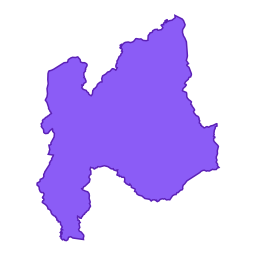 the district of Laclubar, Manatuto, East Timor
{"feature_id": "22284137B50587397066696", "entity_name": "Laclubar", "entity_type": "district", "adm_level": 2, "iso_a3": "TLS", "parent_name": "East Timor", "parent_adm1": "Manatuto", "projection": "albers", "projection_center": [125.895, -8.747], "detail": "fine", "context": "isolated", "style": "filled", "palette": "violet", "viewbox_px": 256, "rotation_deg": 0, "n_neighbors": 0, "source": "geoboundaries", "source_scale": "gbopen_adm2", "svg_char_len": 5682}
<svg xmlns="http://www.w3.org/2000/svg" viewBox="0 0 256 256"><path d="M194.6,110.0L193.8,108.4L192.1,106.2L191.8,105.1L190.9,104.5L190.8,104.0L191.4,101.9L190.6,101.0L188.8,99.7L187.4,98.1L186.8,96.8L186.7,93.6L186.4,92.5L182.5,90.8L182.4,90.5L183.2,88.4L185.2,86.6L186.3,85.0L186.0,84.4L185.4,84.4L184.6,83.5L185.6,81.7L188.2,79.4L189.0,77.4L190.6,76.9L191.4,74.9L191.3,73.5L189.0,67.4L186.9,65.5L187.0,64.5L188.5,63.7L186.3,60.5L187.3,56.7L187.4,55.6L186.4,41.8L184.8,38.0L183.5,35.9L182.5,32.5L182.6,29.7L184.6,26.4L185.1,24.8L183.5,20.6L182.2,19.0L174.9,15.4L175.2,17.7L172.0,20.2L169.4,20.7L168.1,21.3L167.5,20.8L167.2,19.8L167.0,19.7L165.1,20.7L165.2,21.1L166.4,21.4L166.7,22.2L165.9,22.8L164.5,22.2L163.7,23.2L163.6,24.7L162.2,24.5L161.2,25.2L162.8,27.4L162.8,27.9L161.4,29.6L158.1,30.3L157.7,30.1L157.3,29.3L154.9,29.5L152.8,30.7L152.5,31.8L151.9,32.4L149.9,33.0L149.7,33.7L148.2,35.6L147.9,40.3L146.1,40.7L143.1,40.4L141.0,38.9L139.3,39.1L136.4,38.6L135.8,38.7L133.7,41.3L132.4,42.1L130.4,42.6L128.2,42.0L125.2,42.4L123.4,43.5L121.9,45.3L121.4,44.4L120.2,45.2L120.2,45.8L121.4,46.7L121.3,47.2L120.2,47.5L120.0,47.8L120.9,48.6L121.8,48.8L122.1,49.5L122.2,49.9L121.5,51.1L122.4,51.5L122.2,52.6L121.0,54.0L120.6,55.5L119.1,56.6L118.0,59.5L117.0,60.9L117.0,63.4L116.4,63.8L115.8,66.0L116.1,67.3L117.2,67.7L116.0,70.0L115.5,70.1L115.0,69.5L113.5,68.8L112.3,68.7L109.8,71.4L107.6,72.1L105.8,74.0L102.6,75.9L101.7,78.7L102.1,80.8L101.9,82.0L100.4,82.0L99.0,83.0L97.5,84.3L96.6,86.6L94.9,88.3L93.7,89.0L93.7,89.5L92.8,90.5L92.4,94.1L91.3,95.7L90.7,95.6L88.8,94.2L88.4,92.8L86.9,91.7L86.2,90.4L83.0,89.3L82.7,88.4L82.0,88.1L81.8,87.6L82.5,85.8L81.9,85.4L81.9,85.0L83.3,85.2L83.9,83.4L85.9,82.2L86.0,81.8L86.0,81.0L84.8,78.1L83.9,77.6L84.3,76.6L83.8,75.2L83.9,72.7L85.4,71.1L85.3,70.0L85.8,69.1L85.5,68.4L87.0,65.8L87.1,64.8L86.6,63.8L84.7,62.7L82.4,62.7L80.6,62.0L80.1,59.6L77.8,56.9L75.4,57.5L72.6,57.3L70.9,57.9L68.3,59.6L67.6,62.1L67.1,62.4L64.1,62.7L53.7,69.2L51.2,70.4L49.1,70.9L48.5,71.8L48.0,73.7L47.8,79.7L48.2,83.8L47.0,88.7L47.5,93.7L47.0,96.8L45.3,100.1L47.0,102.5L48.6,107.4L48.6,108.7L49.7,110.4L50.1,111.6L50.8,112.1L51.4,113.5L49.9,114.4L48.7,115.7L47.5,116.2L47.3,116.7L45.4,117.6L44.7,118.8L43.1,119.5L42.4,120.8L42.7,121.6L42.6,122.5L41.2,123.7L41.7,126.1L41.3,126.6L43.5,129.5L43.8,132.4L44.6,133.2L45.7,133.6L47.9,133.3L50.2,130.4L51.7,129.4L52.2,128.7L52.6,129.0L52.7,131.3L54.4,133.4L54.1,137.0L50.9,142.9L51.0,144.4L49.9,145.1L49.0,145.0L48.9,145.4L49.8,149.7L49.2,151.3L49.2,152.1L48.2,154.3L53.4,155.1L53.3,155.6L51.6,158.8L51.7,159.8L50.2,161.5L50.0,162.4L49.5,162.9L49.7,164.2L44.8,171.8L44.5,173.0L43.7,174.4L43.8,176.7L42.7,178.3L40.2,179.4L39.9,181.5L37.2,183.0L37.0,184.5L37.2,185.3L38.4,186.1L39.1,187.2L39.3,189.4L40.3,191.7L41.6,192.6L43.2,192.6L44.1,194.0L43.6,195.9L43.0,196.5L42.5,197.5L42.8,198.2L43.5,198.3L43.9,199.5L43.6,200.5L42.8,200.8L42.3,202.1L42.4,202.5L45.4,204.5L46.9,206.0L47.7,207.5L48.0,208.9L49.8,209.7L51.1,211.6L51.1,212.6L52.2,214.4L54.0,215.8L55.6,216.5L55.6,217.2L56.7,218.3L56.9,220.1L58.0,220.5L58.2,221.8L58.8,222.0L60.0,221.8L60.4,222.2L60.6,224.5L62.1,226.6L62.1,227.3L61.2,228.8L62.1,229.5L61.4,229.5L61.1,229.8L61.6,230.8L60.2,232.5L60.5,232.8L61.6,231.9L62.2,232.8L62.1,233.2L61.1,233.3L61.8,234.1L61.6,234.5L60.9,234.1L60.8,235.5L60.1,236.4L60.4,236.8L61.3,236.9L61.0,238.2L62.3,239.7L62.7,239.9L63.7,239.3L64.4,239.7L64.9,240.4L66.4,240.6L67.8,239.7L68.5,237.3L70.7,236.7L72.8,238.0L83.5,239.5L83.3,238.0L83.8,236.5L83.7,235.1L81.3,232.1L79.4,231.2L78.6,229.5L79.8,227.5L78.9,223.7L80.2,222.5L79.9,222.1L79.5,222.0L79.2,220.5L77.8,220.0L78.0,219.4L77.5,217.7L77.6,216.2L79.0,217.0L80.0,218.2L81.3,218.2L81.4,217.3L82.4,216.5L82.5,215.9L83.8,214.3L84.4,214.3L85.1,212.9L86.1,212.3L86.6,211.4L88.6,210.0L89.7,207.3L90.4,206.7L90.4,205.7L89.4,203.4L90.0,203.0L90.2,202.0L89.1,198.3L89.4,195.7L89.0,193.5L87.7,191.8L85.4,191.1L82.5,189.7L81.8,188.6L83.0,188.3L83.7,186.7L84.9,186.2L89.3,182.0L90.0,179.1L88.9,177.5L89.1,176.3L90.1,174.8L90.9,174.3L90.8,170.9L90.0,169.7L90.6,167.4L91.9,167.8L93.1,167.9L94.1,169.0L94.7,168.9L95.8,167.9L96.8,167.8L97.9,166.6L99.9,166.9L104.3,165.7L108.1,166.7L110.9,168.7L112.2,169.0L113.2,168.7L113.6,169.8L115.3,170.5L116.1,170.6L116.6,170.1L117.6,170.0L117.2,171.1L117.7,172.9L116.9,174.9L117.5,175.3L119.1,175.3L119.1,176.2L119.5,176.5L121.0,176.3L121.9,177.3L123.5,177.2L124.4,177.5L124.8,179.5L124.4,181.8L125.3,182.4L126.1,183.6L128.8,185.1L129.4,185.2L129.9,184.1L131.2,185.8L131.4,187.4L134.9,188.9L135.2,189.6L134.6,191.4L136.2,192.1L137.1,194.2L138.9,195.2L141.8,195.9L144.9,198.5L149.6,199.3L151.2,201.0L152.6,199.9L154.8,199.8L155.6,200.5L156.5,200.2L156.8,201.3L157.3,201.6L159.0,200.8L160.0,199.5L162.3,198.7L163.3,199.1L164.6,198.7L166.5,199.9L168.6,199.6L169.8,199.8L172.6,195.7L174.8,194.5L176.0,194.6L177.0,192.6L178.1,192.6L180.4,190.3L182.3,189.7L182.8,188.6L182.6,187.1L183.2,185.2L184.7,183.8L187.0,180.8L199.9,172.5L200.9,171.4L202.7,170.5L204.2,170.2L206.4,171.1L207.3,170.8L209.4,171.0L212.6,169.3L213.7,169.6L216.2,169.5L217.4,168.0L219.0,167.5L217.4,165.6L217.6,164.2L216.2,162.1L217.0,160.0L216.3,158.3L216.3,156.8L217.5,153.8L217.3,150.8L218.4,146.4L217.8,145.4L214.2,141.6L213.6,140.2L213.7,138.2L214.8,137.7L214.9,137.1L213.5,136.1L214.2,134.5L213.9,133.7L214.4,130.0L215.2,128.5L215.3,126.8L217.0,126.1L216.9,123.8L216.4,123.7L213.0,125.4L210.8,125.9L208.7,127.2L207.0,126.6L206.0,126.9L204.7,127.8L203.8,127.7L202.7,126.6L201.8,126.3L201.5,125.4L200.8,125.3L200.7,124.1L199.3,122.9L199.7,120.6L199.1,119.7L199.1,118.5L198.6,117.1L197.7,116.2L196.2,115.6L194.0,112.9L193.5,111.6L194.6,110.0Z" fill="#8b5cf6" stroke="#5b21b6" stroke-width="1.5"/></svg>